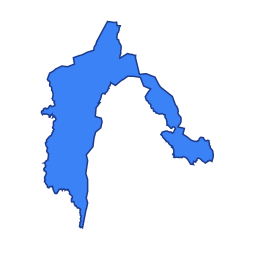 Ulaanxus, Bayan-Ölgiy, Mongolia, rotated 276°
{"feature_id": "93677404B94457736933818", "entity_name": "Ulaanxus", "entity_type": "district", "adm_level": 2, "iso_a3": "MNG", "parent_name": "Mongolia", "parent_adm1": "Bayan-Ölgiy", "projection": "natural_earth1", "projection_center": [88.684, 48.89], "detail": "fine", "context": "isolated", "style": "filled", "palette": "blue", "viewbox_px": 256, "rotation_deg": 276, "n_neighbors": 0, "source": "geoboundaries", "source_scale": "gbopen_adm2", "svg_char_len": 5783}
<svg xmlns="http://www.w3.org/2000/svg" viewBox="0 0 256 256"><g transform="rotate(276 128 128)"><path d="M192.2,66.3L186.0,68.1L182.6,61.5L182.7,55.7L179.1,49.9L176.5,47.5L174.5,44.4L167.9,42.7L166.5,43.9L166.5,44.9L165.3,45.6L164.4,45.7L163.6,45.5L161.7,45.7L161.2,47.0L160.4,47.8L157.3,48.2L157.0,48.9L153.8,50.0L150.5,50.0L149.5,49.4L147.7,50.5L146.8,52.2L145.8,51.7L143.5,52.9L142.3,52.6L142.3,52.2L141.3,50.1L141.4,49.6L142.3,48.8L142.0,48.0L141.7,47.6L140.3,47.1L139.9,46.6L139.0,46.4L138.8,45.7L138.5,45.4L138.5,44.5L139.2,44.1L139.0,43.3L138.6,42.4L138.0,41.9L136.5,42.0L136.3,41.9L136.0,40.6L135.4,40.3L134.2,40.3L132.3,41.7L133.2,42.4L133.3,42.9L133.0,43.9L133.5,45.2L133.4,45.9L133.0,46.9L133.1,47.4L132.8,47.9L132.3,48.2L130.7,48.4L130.5,49.2L132.7,49.7L132.7,50.4L134.1,51.1L132.0,52.4L130.5,52.0L130.7,52.3L131.4,52.5L132.1,53.7L131.2,53.9L130.0,55.3L129.4,55.4L128.1,55.1L127.6,54.8L127.5,54.2L126.8,53.7L126.8,53.3L126.1,53.2L124.1,53.3L123.1,53.7L120.3,52.9L120.0,53.2L120.0,53.6L119.2,54.4L118.8,54.5L117.5,53.7L116.6,54.0L115.5,53.1L113.3,52.8L113.0,52.5L112.3,52.4L112.0,51.5L111.1,50.5L110.3,50.2L109.0,49.1L107.9,48.7L107.7,48.3L106.8,48.2L105.6,48.6L105.2,48.2L105.1,47.7L104.5,47.4L101.5,48.5L101.0,49.1L100.2,49.5L99.9,50.1L96.7,49.5L95.9,49.8L94.1,51.6L90.9,51.8L89.2,51.6L87.9,51.7L87.5,50.9L86.7,50.3L86.6,49.8L84.9,48.9L84.5,48.2L84.5,48.6L83.5,49.5L82.3,49.7L82.1,50.0L81.0,50.2L80.4,50.0L80.1,49.2L78.9,49.0L78.7,48.6L78.0,48.5L77.1,49.1L76.7,49.2L76.8,49.7L76.2,50.2L75.9,51.1L74.0,51.6L73.7,51.6L72.6,51.0L70.8,50.5L70.3,50.1L69.0,50.6L68.6,50.4L67.6,51.2L67.3,51.1L67.1,50.7L66.0,50.5L65.3,51.3L63.6,52.4L62.6,53.6L62.0,53.9L61.0,53.9L60.2,55.0L60.3,55.7L61.2,55.9L61.6,56.4L61.6,57.7L62.3,58.7L61.9,59.1L60.8,59.1L60.2,59.8L59.0,60.0L55.4,62.1L55.5,62.6L55.2,63.2L55.2,63.5L56.0,63.9L55.8,64.1L56.0,64.5L57.4,64.8L58.0,65.3L59.7,65.8L59.6,66.6L60.2,67.3L60.1,68.2L60.2,68.7L59.1,69.2L60.2,69.8L60.6,70.5L60.6,71.0L60.2,71.7L59.4,71.9L60.3,73.0L59.9,74.1L60.7,74.6L60.5,75.1L59.0,75.8L58.5,76.5L56.1,76.8L55.9,77.6L54.2,79.8L51.9,79.9L51.5,79.4L51.6,79.2L49.7,79.3L48.7,79.6L48.5,79.8L48.6,80.3L48.9,80.5L49.1,81.5L49.0,81.8L46.0,83.0L45.0,83.7L45.0,84.1L45.2,84.4L44.6,84.7L43.8,85.8L43.2,86.0L43.2,86.6L43.5,87.1L42.0,89.4L40.8,88.9L39.6,89.2L38.7,89.0L37.8,89.6L36.4,89.7L36.1,89.8L35.9,90.3L35.0,90.7L33.3,90.1L32.2,90.3L31.2,90.8L30.3,90.9L28.9,90.0L27.9,90.3L25.0,90.0L24.1,91.1L24.7,91.6L24.2,92.9L24.0,93.2L42.7,94.8L43.3,95.1L49.4,95.7L54.0,93.8L60.9,94.5L72.6,93.2L78.3,90.8L91.2,91.3L96.9,89.3L105.8,95.1L114.4,95.2L120.5,96.2L125.4,100.9L131.5,101.6L135.0,100.2L136.0,94.3L144.7,94.1L150.2,97.4L150.0,95.9L151.7,96.9L155.7,98.0L158.2,98.1L159.2,98.7L159.7,99.2L159.9,100.3L159.4,101.2L159.4,101.6L160.6,101.9L161.2,102.6L163.3,104.0L164.8,104.2L165.5,105.0L166.4,104.5L167.0,104.5L167.9,105.1L168.2,105.6L169.9,106.0L171.4,106.0L169.0,111.0L174.8,116.6L175.6,118.0L179.5,122.4L180.0,127.5L179.7,135.0L171.4,139.2L169.2,146.4L165.5,144.1L160.8,141.9L157.3,143.5L157.2,144.7L155.8,145.5L154.5,146.6L154.4,147.2L153.6,148.2L152.0,148.4L150.2,149.2L150.0,149.4L150.1,150.3L149.5,151.2L149.1,151.5L147.8,151.4L147.2,152.2L147.4,152.8L146.9,153.7L145.9,154.3L145.4,157.0L145.1,157.6L145.3,158.5L145.6,158.7L145.5,159.5L145.8,160.2L145.8,160.9L144.9,162.4L145.1,163.6L142.5,163.6L141.2,164.9L139.4,165.7L137.2,166.2L134.7,166.5L134.9,167.7L132.2,170.7L132.2,171.3L132.6,171.8L134.0,172.6L134.0,173.3L133.5,174.2L132.6,175.1L131.9,175.3L131.5,174.8L130.5,174.3L129.0,174.1L127.5,172.9L127.8,172.2L128.4,171.6L128.3,170.9L128.5,170.4L128.2,170.0L128.5,168.7L129.1,167.4L128.8,166.5L128.9,165.5L128.4,164.8L127.9,163.4L127.3,162.3L126.2,162.2L125.1,161.3L124.8,161.4L123.9,163.0L122.7,163.4L121.5,164.6L121.3,165.1L120.7,165.7L120.6,166.2L120.3,166.3L120.4,166.0L119.6,166.6L119.1,167.6L118.5,167.6L118.5,168.6L118.2,169.4L116.8,170.1L116.0,171.2L115.4,171.7L114.8,173.7L114.2,174.1L113.7,174.7L113.1,174.8L113.9,173.3L113.6,173.2L113.0,174.2L112.8,174.8L110.7,175.9L107.8,176.2L107.4,175.9L107.6,175.8L107.4,175.6L106.7,176.3L106.1,176.1L106.0,175.7L105.7,176.1L106.2,176.5L105.3,176.9L104.8,176.9L103.8,176.5L103.5,177.8L104.0,178.6L104.0,182.5L104.5,183.4L104.1,184.4L104.2,184.8L105.2,185.8L105.2,187.3L104.4,189.1L102.7,191.0L101.4,191.9L99.3,193.7L98.6,193.9L98.5,196.9L99.4,196.1L100.2,196.7L101.7,196.8L101.2,198.5L101.3,198.9L102.1,198.9L102.3,199.5L102.9,199.9L103.8,199.7L105.0,200.3L105.1,200.9L105.4,201.5L104.9,202.9L103.8,204.5L103.0,205.2L102.5,206.6L101.2,208.6L102.9,210.6L103.6,210.9L103.6,211.9L104.4,212.4L104.2,213.2L104.2,213.7L103.5,214.9L107.8,215.7L110.6,215.6L112.5,214.9L113.1,215.0L113.4,214.7L114.5,214.4L116.9,211.9L118.1,211.8L118.8,211.4L119.4,210.7L121.1,210.6L122.7,209.9L123.9,209.8L124.0,209.4L123.8,209.3L124.0,208.9L124.1,208.3L123.4,207.5L123.3,206.5L125.0,204.5L126.2,204.1L126.4,202.1L126.2,201.1L125.8,200.7L124.8,200.0L123.9,200.1L122.3,198.9L122.2,198.7L122.5,198.5L121.6,197.2L121.8,196.7L121.7,195.6L122.5,192.0L125.5,187.4L127.5,183.3L133.5,184.1L134.3,177.6L135.6,178.0L137.4,179.3L139.6,180.0L142.9,179.8L144.4,179.3L145.6,177.8L147.4,176.4L148.3,176.0L149.7,176.3L152.6,175.4L152.7,175.0L154.3,174.4L156.0,172.7L164.0,168.8L172.1,156.0L174.7,153.9L181.4,149.5L183.9,140.3L182.5,133.8L198.6,128.1L201.1,128.0L200.8,126.8L201.1,126.4L201.2,125.3L201.6,124.6L201.6,123.9L201.4,122.9L202.0,119.7L196.6,112.7L198.7,112.4L201.3,113.0L204.0,112.7L207.1,112.8L208.9,112.5L210.4,111.7L212.0,110.3L214.7,109.4L214.9,108.0L217.1,107.4L220.8,107.5L222.4,108.5L225.3,108.9L226.8,108.8L227.6,109.3L228.9,109.6L228.6,106.5L232.0,105.6L231.5,103.2L231.8,96.5L210.7,87.8L207.6,87.3L205.4,86.0L201.7,85.8L199.3,80.0L195.6,74.1L195.0,72.2L192.2,66.3Z" fill="#3b82f6" stroke="#1e3a8a" stroke-width="1.5"/></g></svg>